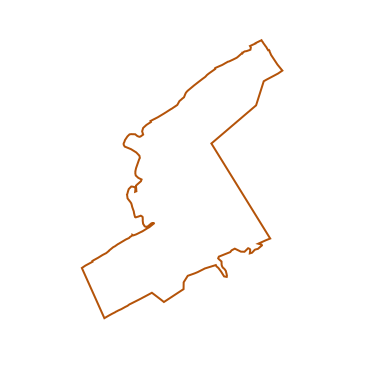 Santiago Llano Grande, Oaxaca, Mexico (Natural Earth projection), rotated 56°
{"feature_id": "50627088B71737846515518", "entity_name": "Santiago Llano Grande", "entity_type": "district", "adm_level": 2, "iso_a3": "MEX", "parent_name": "Mexico", "parent_adm1": "Oaxaca", "projection": "natural_earth1", "projection_center": [-98.268, 16.488], "detail": "fine", "context": "isolated", "style": "outline", "palette": "amber", "viewbox_px": 384, "rotation_deg": 56, "n_neighbors": 0, "source": "geoboundaries", "source_scale": "gbopen_adm2", "svg_char_len": 3342}
<svg xmlns="http://www.w3.org/2000/svg" viewBox="0 0 384 384"><g transform="rotate(56 192 192)"><path d="M105.0,49.5L104.1,56.1L104.4,56.2L103.4,62.3L105.1,62.4L106.7,64.0L106.6,64.6L105.7,68.0L104.9,69.7L104.8,71.3L105.3,72.7L104.8,72.8L104.9,73.0L105.6,78.4L105.7,79.4L105.6,80.8L105.4,82.2L105.2,83.8L104.8,86.3L104.6,87.6L104.4,88.6L104.0,89.6L104.0,90.4L103.8,92.6L103.7,94.4L103.5,96.4L103.2,97.8L102.2,103.3L102.3,103.8L103.0,104.0L103.1,108.6L103.2,112.1L103.4,114.3L103.7,115.5L103.9,116.2L104.0,117.2L104.1,120.1L104.4,124.8L104.4,125.0L104.8,130.7L105.6,138.6L105.9,140.2L106.4,141.7L106.8,142.4L109.0,145.7L109.1,147.2L109.1,147.6L109.3,148.8L109.6,151.6L111.6,155.5L111.6,162.7L111.5,163.0L111.3,171.1L111.1,175.0L110.9,178.7L109.9,186.7L111.0,186.9L110.9,192.2L111.5,196.2L111.6,196.7L113.8,199.4L117.1,200.4L117.2,203.7L116.8,204.8L115.1,206.0L112.4,206.8L110.0,210.1L109.3,211.6L109.8,214.4L111.5,218.6L112.5,219.8L113.5,221.5L114.6,222.2L116.7,222.4L122.4,218.6L128.0,216.1L132.5,215.3L134.6,216.2L135.4,217.6L141.0,225.1L143.2,227.4L143.3,227.4L144.9,228.6L146.9,229.4L150.3,228.6L153.4,226.8L154.5,228.3L155.2,233.8L155.3,234.0L155.4,234.9L160.3,237.7L160.0,239.0L157.4,236.8L155.8,236.9L154.4,238.2L153.5,239.3L154.2,242.8L155.9,245.0L156.3,245.4L157.6,246.9L157.7,247.3L158.0,247.4L161.3,249.0L164.4,248.8L165.2,248.7L167.4,248.7L168.4,249.0L170.4,249.7L170.5,249.8L172.3,250.3L175.5,251.1L176.9,251.8L179.3,252.7L181.0,253.2L181.5,252.9L181.8,252.1L181.9,251.6L182.0,251.3L182.3,250.5L182.4,250.1L182.6,249.2L182.8,248.7L183.0,247.7L184.8,246.9L185.3,247.0L187.3,248.2L187.6,248.5L188.4,249.0L191.0,250.3L194.0,250.4L195.2,249.6L195.5,248.7L195.8,247.6L195.5,245.2L195.3,243.3L195.5,242.2L196.3,241.1L196.8,241.2L197.2,246.1L197.3,247.0L197.1,249.2L196.9,254.6L195.9,262.1L195.2,264.8L194.1,265.4L194.4,265.6L194.7,266.2L194.6,268.3L194.9,269.8L194.9,270.1L194.4,273.2L194.3,274.7L193.9,282.0L193.8,282.6L193.9,286.4L193.7,287.9L193.7,288.3L194.2,293.8L194.4,293.9L194.7,297.5L194.6,298.0L194.2,301.4L194.0,306.7L193.5,312.1L193.5,313.3L194.2,313.5L193.4,321.5L193.4,321.8L193.4,325.8L223.4,331.0L247.6,335.2L248.0,329.4L248.3,326.2L248.5,324.6L248.7,323.1L248.7,321.9L248.9,320.7L249.0,319.5L249.2,318.3L249.4,317.2L249.6,316.0L249.7,314.8L249.8,313.6L249.9,312.4L250.0,311.2L250.2,310.0L250.3,308.8L250.2,307.6L250.2,306.5L250.4,305.3L251.6,295.9L252.6,286.6L253.1,281.6L263.7,278.0L267.5,276.8L267.8,253.3L262.2,249.4L259.1,242.4L260.4,237.4L261.0,235.0L261.6,232.0L262.5,224.9L262.5,224.4L265.9,213.1L267.3,213.3L269.7,212.6L274.3,212.4L279.9,212.6L280.8,211.7L281.8,210.7L281.0,209.9L280.1,209.5L279.4,209.2L276.3,208.1L274.8,208.1L273.9,208.2L272.9,208.4L272.1,208.7L271.4,208.7L270.4,208.6L269.0,208.2L266.1,206.4L262.6,207.3L261.6,207.4L260.6,205.9L263.2,193.9L262.5,191.8L262.9,188.2L268.8,184.8L270.9,181.9L270.0,176.9L271.4,176.0L272.6,176.1L275.2,178.4L275.9,176.2L275.0,172.2L275.3,171.1L276.0,169.2L275.4,163.9L274.6,163.7L271.9,166.0L273.3,157.8L274.3,153.2L162.6,148.8L162.5,147.6L156.0,90.4L140.3,70.6L140.5,67.6L141.5,58.3L141.9,54.4L141.9,49.2L134.1,49.9L122.4,49.8L121.2,49.5L119.2,49.2L118.3,48.8L117.3,48.8L117.1,49.6L116.8,49.6L114.6,49.5L114.0,49.4L113.0,49.4L111.7,49.5L110.3,49.5L108.9,49.6L107.2,49.5L106.4,49.6L106.0,49.6L105.0,49.5Z" fill="none" stroke="#b45309" stroke-width="2"/></g></svg>